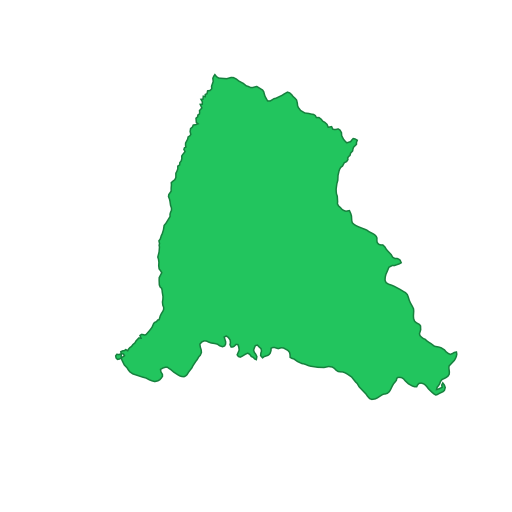 outline of Urucuia, Minas Gerais, Brazil, rotated 343°
{"feature_id": "56859067B5271560558977", "entity_name": "Urucuia", "entity_type": "district", "adm_level": 2, "iso_a3": "BRA", "parent_name": "Brazil", "parent_adm1": "Minas Gerais", "projection": "robinson", "projection_center": [-45.578, -16.022], "detail": "fine", "context": "isolated", "style": "filled", "palette": "green", "viewbox_px": 512, "rotation_deg": 343, "n_neighbors": 0, "source": "geoboundaries", "source_scale": "gbopen_adm2", "svg_char_len": 6124}
<svg xmlns="http://www.w3.org/2000/svg" viewBox="0 0 512 512"><g transform="rotate(343 256 256)"><path d="M98.7,308.0L98.6,310.1L100.6,310.9L101.1,312.9L97.3,314.1L97.4,316.7L98.2,321.7L100.0,325.2L100.6,327.6L101.5,329.9L103.7,332.7L112.2,338.7L115.1,340.5L117.9,343.3L120.1,345.0L122.5,346.5L125.7,346.7L127.8,346.2L129.8,345.0L131.4,343.7L131.9,341.8L131.2,339.2L131.5,336.5L134.4,335.9L137.2,335.9L138.8,336.5L140.1,338.3L141.3,339.7L143.4,343.0L146.4,346.6L148.2,348.5L149.9,349.6L151.9,350.4L153.6,350.1L155.2,349.4L157.9,347.1L161.9,344.3L163.6,342.5L167.7,339.1L169.3,338.0L171.9,335.6L173.7,334.6L175.6,332.3L176.1,329.9L176.1,327.0L176.5,323.9L179.0,322.4L181.6,322.0L183.7,322.8L185.7,324.6L187.6,326.0L191.3,327.8L193.4,329.1L195.0,331.2L197.5,333.0L199.7,332.8L201.2,331.3L201.9,329.2L201.9,324.2L204.2,323.8L205.7,325.7L206.7,328.7L206.2,331.5L205.2,333.2L205.6,335.8L207.3,336.2L208.8,335.9L211.1,334.7L212.8,335.4L212.9,338.1L212.4,341.1L209.1,345.0L209.8,347.0L211.4,348.1L213.3,347.8L217.3,346.8L219.7,346.5L221.3,348.3L222.1,350.7L223.8,352.2L224.6,354.0L226.0,355.2L227.4,352.5L227.0,349.8L226.2,347.6L226.2,345.3L227.7,343.2L229.2,341.5L231.3,341.6L232.4,343.9L233.7,346.0L233.5,348.5L232.3,350.2L231.3,352.6L232.5,355.3L234.3,354.6L238.3,354.5L239.8,354.0L241.2,353.0L242.7,350.8L243.4,348.7L245.0,348.4L246.8,348.8L250.2,351.1L253.2,351.1L255.4,352.0L258.9,355.6L259.9,358.0L259.7,360.4L259.0,362.9L260.4,364.4L262.2,365.6L264.8,369.0L268.6,372.4L270.0,373.0L271.7,374.2L274.0,376.1L275.9,377.3L282.6,380.5L288.4,382.5L293.2,382.9L296.5,384.5L298.1,386.4L299.2,388.6L300.8,390.5L303.0,391.5L305.0,392.2L307.1,393.8L309.0,395.8L312.1,399.7L314.4,405.6L315.5,407.5L316.4,411.3L320.9,420.3L321.6,422.6L323.0,425.6L324.8,427.0L328.2,427.5L330.4,427.2L336.0,425.6L337.7,425.4L339.2,425.7L341.5,425.7L343.8,424.7L345.4,423.3L348.4,420.1L350.2,418.4L352.1,417.2L353.9,415.9L354.8,414.2L356.2,413.6L358.0,414.1L359.7,414.9L361.2,416.6L362.2,419.0L364.4,422.8L367.5,426.0L369.3,427.3L371.4,428.0L373.0,426.4L374.6,425.5L376.8,425.8L378.9,427.2L380.2,428.9L381.2,431.0L382.1,433.5L384.4,437.7L385.8,439.9L387.3,441.5L388.9,441.5L391.1,441.0L395.2,440.4L396.9,439.6L398.5,437.1L398.4,434.5L397.5,432.0L395.9,433.7L395.6,436.0L391.3,436.6L389.6,436.5L390.9,434.4L392.4,433.5L394.3,431.9L395.5,430.2L397.7,428.5L400.8,428.1L402.6,427.7L404.5,427.0L406.2,425.5L407.0,423.5L407.7,419.4L408.5,417.6L415.2,413.8L416.8,412.3L418.2,410.6L419.3,408.6L419.6,406.4L417.4,406.2L415.4,406.7L413.0,406.9L411.2,405.2L409.7,403.1L408.8,400.9L406.2,397.9L404.3,396.6L400.3,394.5L397.6,390.8L396.0,389.0L394.5,387.0L393.5,385.2L391.8,383.8L390.4,381.8L389.5,380.0L389.6,378.1L391.9,374.7L392.9,371.0L392.3,369.3L389.8,366.7L388.6,364.8L388.4,362.0L389.0,359.4L390.7,354.8L391.2,352.6L390.8,350.0L389.9,345.8L389.6,343.1L389.6,339.8L389.4,337.1L388.2,334.7L386.9,333.4L383.9,330.0L379.2,325.3L377.2,323.6L374.5,321.7L372.6,319.5L372.3,316.9L373.4,314.0L374.8,311.6L377.2,308.8L379.8,305.6L383.7,304.9L385.4,305.6L390.8,305.4L392.9,304.9L392.6,302.1L391.5,300.7L390.2,299.6L388.1,299.0L386.3,297.1L385.7,294.3L383.2,289.2L382.5,287.5L381.9,285.0L380.5,282.5L378.5,281.9L376.7,280.6L375.8,278.4L376.2,276.2L376.9,274.2L376.7,272.4L375.7,270.4L374.2,268.7L371.2,265.8L369.5,263.6L362.5,258.0L360.5,256.2L358.9,254.3L357.8,252.4L357.9,250.2L359.0,245.6L359.0,243.0L358.6,239.9L355.1,239.5L353.1,238.0L351.7,236.3L350.9,234.4L349.7,232.5L349.1,230.0L349.9,228.0L351.2,222.6L351.1,220.2L351.5,218.0L352.2,215.4L354.5,210.4L356.3,207.6L358.0,202.9L360.3,198.9L361.7,197.1L363.2,195.9L365.0,195.3L367.7,192.6L370.2,192.2L372.1,190.7L372.4,188.9L373.8,187.9L375.3,187.3L376.5,185.3L379.1,183.8L380.0,182.0L381.1,180.5L384.7,178.6L385.3,176.7L386.7,174.9L384.9,173.0L383.3,172.1L381.7,173.0L379.9,174.3L375.9,174.3L374.8,172.3L373.8,169.9L373.1,166.0L373.8,163.0L373.1,160.1L371.7,158.5L369.6,158.4L368.0,158.0L366.5,157.2L366.1,154.4L362.7,154.0L362.4,150.9L360.8,148.2L359.2,146.6L358.4,144.4L356.7,142.0L354.2,141.3L353.8,139.1L352.5,137.5L350.2,136.4L348.1,135.1L344.6,133.6L341.2,129.9L339.9,126.4L339.7,124.5L340.2,121.9L340.4,118.8L339.5,116.7L338.0,114.2L337.3,112.2L335.9,109.9L334.0,108.5L330.2,109.3L327.9,110.0L320.9,111.0L319.4,110.8L314.9,111.9L312.4,111.1L311.3,105.9L311.3,103.5L311.4,101.2L310.8,99.2L306.3,94.1L301.8,93.9L299.9,93.2L298.2,91.6L296.4,90.4L294.5,87.5L290.6,83.5L288.9,81.0L286.6,78.8L284.4,78.0L279.9,77.9L272.4,75.0L270.7,73.0L269.7,70.5L268.3,71.6L266.7,73.4L266.1,76.6L263.1,80.7L262.6,83.1L260.5,84.3L258.0,83.9L256.6,86.5L254.7,86.7L254.1,88.8L252.3,87.8L251.2,90.5L249.2,90.1L249.8,92.8L249.0,95.2L247.0,94.7L247.5,98.6L244.5,100.4L244.1,102.2L243.4,103.7L241.6,104.2L241.0,105.8L238.9,106.7L238.0,110.8L239.2,112.6L236.8,112.8L234.3,112.4L232.9,114.1L230.7,115.0L229.4,117.7L229.2,120.7L227.8,121.8L225.9,122.3L224.8,124.3L221.7,127.4L221.0,129.4L220.8,131.3L219.2,131.6L218.2,133.0L218.7,135.4L215.5,137.6L214.2,138.7L213.6,141.1L212.2,143.3L210.5,144.4L209.6,146.6L207.5,147.2L206.7,149.8L205.0,152.0L203.6,153.4L202.3,157.5L200.7,159.3L198.3,160.2L196.4,161.1L195.9,163.3L194.7,166.3L193.8,169.2L190.6,171.7L189.7,173.6L189.9,176.3L189.7,178.8L189.1,182.5L189.2,185.4L188.5,187.6L187.0,189.3L186.0,190.9L185.4,193.1L179.4,198.4L177.1,199.9L175.1,204.0L172.8,207.4L171.5,208.7L169.4,211.8L167.6,213.1L167.4,215.9L166.5,217.4L166.3,219.2L164.5,223.8L161.8,228.3L161.8,230.6L161.3,233.7L160.1,236.9L159.6,240.0L160.4,242.1L161.0,244.4L157.1,248.4L156.3,250.8L155.1,255.4L155.3,257.7L156.3,259.3L156.2,261.3L155.8,263.1L155.2,267.6L154.3,270.2L153.1,272.6L152.5,275.7L152.7,278.1L152.1,280.0L150.8,281.6L148.8,283.3L147.0,285.2L144.7,288.6L143.2,288.5L141.6,289.7L140.0,289.8L138.5,290.5L135.7,293.8L132.4,296.2L127.9,299.0L126.3,299.0L125.0,298.1L123.6,297.5L121.8,298.1L122.0,301.0L120.0,300.1L116.5,302.1L114.8,303.7L112.4,304.7L110.5,306.1L108.6,306.7L106.7,307.9L105.6,309.1L104.1,307.4L102.5,308.0L100.6,307.7L98.7,308.0ZM98.6,310.1L96.1,310.2L94.2,309.3L92.6,310.5L92.4,312.6L93.3,314.4L95.4,314.6L97.3,314.1L97.9,312.0L98.6,310.1Z" fill="#22c55e" stroke="#15803d" stroke-width="1.5"/></g></svg>